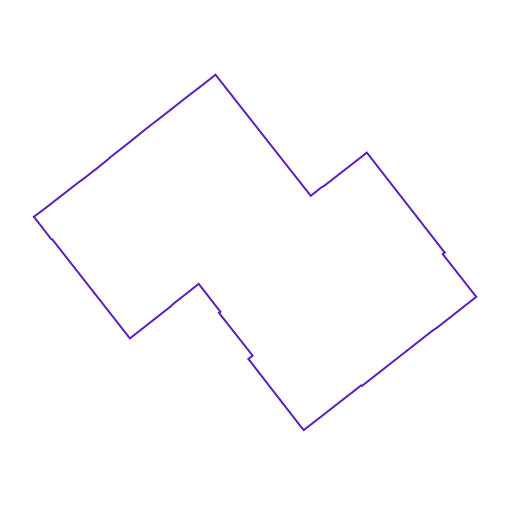 Lake, Oregon, United States of America, rotated 142°
{"feature_id": "52423323B45736239843392", "entity_name": "Lake", "entity_type": "district", "adm_level": 2, "iso_a3": "USA", "parent_name": "United States of America", "parent_adm1": "Oregon", "projection": "mercator", "projection_center": [-120.268, 42.805], "detail": "fine", "context": "isolated", "style": "outline", "palette": "violet", "viewbox_px": 512, "rotation_deg": 142, "n_neighbors": 0, "source": "geoboundaries", "source_scale": "gbopen_adm2", "svg_char_len": 735}
<svg xmlns="http://www.w3.org/2000/svg" viewBox="0 0 512 512"><g transform="rotate(142 256 256)"><path d="M406.9,423.7L407.0,395.0L406.3,394.5L406.1,268.7L354.4,268.8L350.1,269.2L318.3,269.3L318.4,233.9L320.2,234.0L320.0,179.6L325.4,179.6L325.7,94.7L325.5,89.4L252.8,89.3L252.5,88.4L162.3,88.5L158.0,88.1L107.6,88.2L107.7,142.6L105.2,142.5L105.0,269.2L158.6,269.3L163.0,269.8L175.8,269.7L176.0,323.5L176.1,353.2L176.1,353.6L176.3,423.8L186.6,423.7L204.5,423.8L204.8,423.8L211.6,423.9L233.8,423.8L259.9,423.9L260.3,423.9L266.3,423.9L282.2,423.6L309.6,423.5L309.9,423.6L311.8,423.3L327.0,423.0L329.2,423.0L332.7,423.1L341.6,423.0L351.4,423.3L394.0,423.4L406.9,423.7L406.9,423.7Z" fill="none" stroke="#5b21b6" stroke-width="2"/></g></svg>